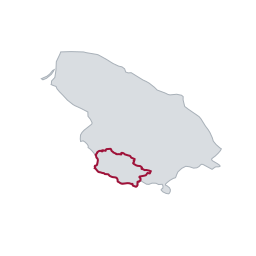 location of Alytaus within Lithuania, rotated 26°
{"feature_id": "LTU-1067", "entity_name": "Alytaus", "entity_type": "County", "adm_level": 1, "iso_a3": "LTU", "parent_name": "Lithuania", "parent_adm1": "", "projection": "equal_earth", "projection_center": [24.158, 54.224], "detail": "fine", "context": "in_parent", "style": "outline", "palette": "rose", "viewbox_px": 256, "rotation_deg": 26, "n_neighbors": 0, "source": "natural_earth", "source_scale": "10m", "svg_char_len": 4519}
<svg xmlns="http://www.w3.org/2000/svg" viewBox="0 0 256 256"><g transform="rotate(26 128 128)"><path d="M91.3,160.9L89.9,158.8L88.4,155.1L88.6,152.2L89.5,149.2L93.7,140.5L93.5,139.1L90.5,136.7L86.9,135.0L84.9,131.2L77.4,131.0L70.3,131.2L68.1,131.0L61.3,129.5L54.9,127.0L50.6,125.5L47.0,123.9L45.1,122.2L41.9,122.6L39.8,122.6L39.9,122.3L38.7,119.3L40.1,114.7L38.0,107.9L34.5,99.8L34.4,91.1L34.2,89.1L43.3,84.3L54.8,79.1L57.4,78.6L67.9,75.5L69.3,75.3L78.8,75.8L86.2,76.6L92.4,76.5L95.8,75.7L99.0,76.3L101.4,78.7L104.0,78.4L106.6,76.9L120.5,78.3L123.7,78.2L127.3,78.4L133.8,79.8L137.6,81.1L145.9,80.3L149.4,80.3L151.3,79.8L157.0,76.3L159.5,75.7L161.7,75.1L163.8,75.6L165.2,78.6L169.5,83.8L174.1,84.7L186.8,86.6L189.4,87.7L196.7,92.3L201.0,94.5L203.8,96.3L208.0,99.8L210.4,102.4L214.5,104.3L219.3,105.6L221.0,105.8L221.0,107.7L220.2,110.9L218.7,115.0L217.1,118.1L216.7,119.4L218.0,120.4L224.3,120.9L227.0,121.4L227.5,122.3L226.1,123.4L224.1,124.3L223.3,125.2L221.7,128.3L211.2,127.9L209.8,128.5L209.2,129.9L208.7,131.6L207.3,133.6L204.6,135.3L200.2,135.9L196.7,137.1L194.0,140.7L192.1,145.6L192.2,149.1L192.5,151.0L192.3,152.1L190.9,153.3L188.7,156.5L187.0,160.0L186.3,162.0L186.7,162.9L188.7,162.9L191.6,163.6L193.2,165.0L193.8,166.7L193.8,168.4L193.3,169.4L190.9,170.1L187.3,170.1L185.1,169.3L184.7,168.6L185.7,166.9L184.9,164.8L183.4,163.6L180.3,165.4L177.3,165.4L173.8,167.0L171.5,169.5L169.2,170.4L163.2,169.9L161.7,171.0L160.5,176.2L159.8,177.2L154.7,176.9L149.8,179.0L144.3,180.7L141.5,179.5L140.0,178.2L137.0,178.4L133.7,179.0L131.5,178.7L129.1,178.8L124.3,179.8L118.3,179.5L115.8,178.7L115.5,177.8L115.7,175.8L115.7,172.7L114.7,170.0L111.9,167.5L108.9,165.8L105.1,164.1L102.3,163.3L100.7,163.1L100.4,162.1L99.8,161.3L98.5,160.5L95.7,159.5L93.3,159.2L91.3,160.9ZM30.4,122.0L28.5,121.7L32.5,116.9L34.0,113.8L35.1,109.3L36.1,107.9L36.1,109.9L35.6,113.3L33.0,119.0L30.4,122.0Z" fill="#d9dde1" stroke="#a8b0b8" stroke-width="1"/><path d="M162.6,169.9L161.6,170.3L161.4,170.6L161.4,170.9L161.5,171.2L161.4,171.4L160.8,171.7L160.5,172.0L160.3,172.0L160.2,172.1L160.4,172.8L160.8,173.7L161.3,174.4L161.6,175.2L161.5,176.4L161.1,177.1L160.5,177.4L158.2,177.6L157.6,177.6L157.1,177.2L156.7,176.4L156.4,176.3L155.5,176.8L153.3,177.1L151.5,177.9L147.6,180.5L146.4,180.9L145.1,180.9L144.1,180.7L142.9,180.7L142.2,180.6L141.9,180.2L141.3,179.0L140.3,178.1L139.2,177.8L138.1,178.0L136.0,178.8L135.0,179.0L132.8,179.1L132.2,179.0L131.2,178.5L130.7,178.3L130.2,178.4L127.5,179.5L127.3,179.5L127.0,179.5L126.4,179.2L126.1,179.2L125.6,179.3L125.0,179.6L122.9,179.9L121.2,180.4L120.6,180.4L120.0,180.3L117.0,178.9L115.8,178.7L115.9,178.4L116.0,178.2L115.9,178.0L115.7,177.8L115.3,177.6L115.0,177.3L114.9,176.9L114.9,176.4L115.1,176.2L115.3,176.1L115.7,175.8L116.2,175.1L116.2,174.2L115.7,172.2L115.4,171.3L115.1,170.3L114.6,169.5L114.0,168.9L113.7,168.7L113.0,168.6L112.6,168.4L112.3,168.1L111.7,167.2L111.4,166.8L110.7,166.4L110.8,165.7L111.2,164.3L111.1,164.0L111.0,163.7L111.0,163.4L111.1,163.1L111.4,162.7L111.5,162.3L111.9,161.6L112.5,161.0L113.0,160.7L113.8,160.5L114.9,160.4L115.2,160.2L115.3,160.0L115.2,159.9L114.8,159.7L114.6,159.5L114.9,159.2L115.2,159.0L117.8,158.3L117.8,158.0L117.8,157.9L117.7,157.4L117.7,157.1L117.8,156.7L118.0,156.4L118.3,156.2L121.2,154.5L121.5,154.4L121.9,154.5L122.5,154.9L122.7,155.3L123.4,155.8L125.1,156.1L125.5,156.4L128.7,156.3L128.8,156.4L128.7,156.5L128.8,156.6L129.3,156.5L130.2,156.1L131.4,155.4L133.4,154.8L133.5,154.7L133.5,154.4L133.2,154.1L133.0,153.9L133.0,153.6L133.0,153.3L133.1,153.2L133.5,153.0L133.7,152.9L134.5,152.7L135.1,152.7L135.8,152.8L136.1,152.9L136.4,153.0L136.7,153.1L140.5,152.5L141.2,152.3L141.8,152.2L142.4,152.3L143.1,152.7L143.4,153.0L144.0,153.2L144.5,153.2L147.5,153.0L147.9,153.9L147.8,154.2L147.8,154.6L147.6,154.7L147.5,154.9L147.5,155.0L148.1,155.4L148.3,155.7L148.1,156.4L148.0,156.7L148.0,157.1L148.1,157.4L148.8,157.7L151.8,158.0L152.4,157.9L153.5,157.7L154.0,157.5L154.8,157.2L155.4,157.0L155.8,156.9L156.8,157.1L157.8,157.4L158.0,157.6L158.1,157.8L158.0,158.0L157.9,158.3L158.0,158.6L158.2,158.8L158.6,158.8L158.9,158.7L159.4,158.5L159.9,158.4L160.5,158.5L161.0,158.6L161.3,158.6L162.9,157.7L165.7,157.0L167.4,156.9L167.5,158.8L167.5,159.0L167.4,159.3L166.8,159.5L165.8,159.7L165.5,159.8L165.3,159.9L165.2,160.1L165.1,160.7L164.9,162.0L164.7,162.7L163.4,163.8L159.8,166.5L159.7,166.9L159.8,167.2L160.2,167.4L161.0,167.7L161.3,167.9L161.5,168.1L161.7,168.4L161.9,169.0L162.5,169.9L162.6,169.9Z" fill="none" stroke="#9f1239" stroke-width="2"/></g></svg>